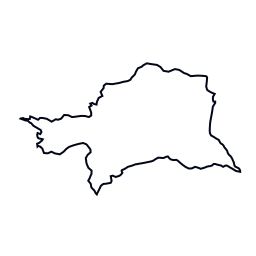 outline of Paramali, Limassol, Cyprus, rotated 262°
{"feature_id": "46923920B35897825724853", "entity_name": "Paramali", "entity_type": "district", "adm_level": 2, "iso_a3": "CYP", "parent_name": "Cyprus", "parent_adm1": "Limassol", "projection": "equal_earth", "projection_center": [32.794, 34.691], "detail": "fine", "context": "isolated", "style": "outline", "palette": "ink", "viewbox_px": 256, "rotation_deg": 262, "n_neighbors": 0, "source": "geoboundaries", "source_scale": "gbopen_adm2", "svg_char_len": 2761}
<svg xmlns="http://www.w3.org/2000/svg" viewBox="0 0 256 256"><g transform="rotate(262 128 128)"><path d="M66.6,87.9L68.0,88.7L71.1,90.9L74.5,93.1L76.0,95.7L75.9,98.9L76.1,103.2L77.8,104.4L82.7,104.2L82.9,106.2L81.2,109.1L81.9,113.0L83.0,114.8L84.4,116.2L86.1,115.7L87.0,115.9L88.2,119.7L89.6,122.6L90.1,126.5L90.9,129.9L91.1,134.8L91.2,138.4L91.5,143.0L91.7,146.2L92.2,148.7L92.9,150.0L93.6,151.6L94.4,153.7L94.0,155.9L93.6,157.5L93.4,159.5L94.1,161.4L94.3,163.5L91.9,165.0L90.8,166.2L89.9,168.7L89.7,171.4L88.7,172.8L86.5,174.6L83.8,177.1L81.5,179.5L79.4,182.6L79.1,185.6L80.2,189.0L78.7,192.4L77.5,194.3L77.9,197.2L78.3,199.3L78.7,200.6L78.9,202.4L78.8,203.9L79.2,206.0L80.5,207.9L80.1,209.7L79.4,211.0L78.7,212.8L77.9,214.9L76.3,216.8L77.2,219.1L77.1,220.5L76.3,221.7L75.1,223.1L72.7,226.2L70.4,229.0L69.6,231.3L69.0,233.0L69.6,233.1L70.5,233.0L71.3,232.8L71.9,232.6L72.6,232.1L73.3,231.1L73.9,230.4L74.2,229.8L74.8,228.9L76.1,228.2L77.6,228.1L79.1,228.0L80.8,227.5L82.4,227.1L84.6,226.3L86.2,225.4L87.4,224.2L89.5,223.3L91.6,223.0L93.1,222.2L95.8,220.6L97.2,220.2L98.6,219.3L99.4,218.2L100.5,217.3L103.4,216.3L104.5,215.0L105.8,213.2L107.0,212.0L109.1,209.2L111.6,208.4L114.4,208.6L117.6,209.2L122.2,210.2L126.2,211.5L132.5,213.6L137.3,215.0L140.8,217.9L142.0,218.0L142.3,216.3L144.3,216.0L147.1,216.5L149.7,218.6L151.8,215.1L153.6,212.8L154.8,211.7L158.2,211.2L162.6,212.4L167.2,213.4L167.4,213.3L168.3,212.7L168.8,211.2L169.2,209.5L169.7,207.0L170.2,204.4L170.6,197.4L173.4,193.7L174.5,191.3L178.4,186.8L179.8,182.7L178.1,176.0L179.7,171.1L183.8,168.7L186.4,165.6L188.0,160.1L189.4,155.6L188.1,152.1L186.7,149.9L185.8,146.2L182.8,143.8L180.0,142.2L177.4,138.7L175.4,137.0L174.5,134.2L174.4,130.0L173.8,125.5L173.6,118.5L174.9,112.6L173.3,109.9L170.9,109.4L167.6,105.9L163.3,107.1L161.9,103.2L158.3,100.9L155.6,100.1L156.6,97.5L157.8,96.3L157.4,94.0L155.3,95.0L154.2,92.4L152.6,92.8L148.5,93.7L145.5,93.3L144.3,90.8L145.9,87.0L146.5,83.1L146.5,77.1L146.6,74.1L148.9,70.7L149.8,66.6L146.5,63.0L145.9,59.8L146.7,57.7L144.9,53.3L148.4,48.9L149.8,44.9L150.2,42.3L148.7,40.1L151.7,35.3L153.1,32.8L151.9,32.4L150.6,32.0L150.7,30.2L151.5,26.7L152.4,25.6L152.4,23.2L152.2,22.9L149.6,27.9L149.2,29.8L147.1,31.4L146.2,32.8L143.3,34.7L138.1,41.3L136.0,41.7L134.2,40.3L135.6,37.8L134.0,37.1L131.9,37.1L130.3,37.8L128.7,42.0L127.6,41.1L125.6,37.9L125.1,35.8L122.3,35.8L122.8,36.4L121.7,38.6L119.5,40.3L114.9,41.3L114.1,45.1L115.2,48.9L113.1,51.9L111.4,56.8L113.5,61.0L115.9,64.0L117.5,67.1L118.5,72.0L119.1,76.6L119.4,81.4L117.8,84.3L116.8,85.1L112.0,87.8L109.2,87.6L107.0,84.3L104.1,82.0L98.5,82.0L94.1,83.2L90.9,86.0L87.5,85.4L86.2,84.5L83.4,82.9L81.3,81.3L78.0,83.3L74.1,83.5L70.7,86.0L68.0,86.9L66.6,87.9Z" fill="none" stroke="#020617" stroke-width="2"/></g></svg>